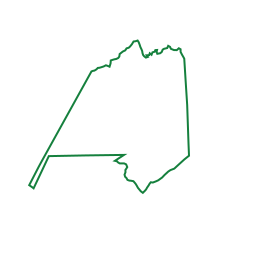 Pio XII, Maranhão, Brazil (Robinson projection), rotated 24°
{"feature_id": "56859067B76670913428567", "entity_name": "Pio XII", "entity_type": "district", "adm_level": 2, "iso_a3": "BRA", "parent_name": "Brazil", "parent_adm1": "Maranhão", "projection": "robinson", "projection_center": [-45.091, -3.872], "detail": "fine", "context": "isolated", "style": "outline", "palette": "green", "viewbox_px": 256, "rotation_deg": 24, "n_neighbors": 0, "source": "geoboundaries", "source_scale": "gbopen_adm2", "svg_char_len": 1492}
<svg xmlns="http://www.w3.org/2000/svg" viewBox="0 0 256 256"><g transform="rotate(24 128 128)"><path d="M151.2,41.8L149.8,40.7L147.6,39.1L145.1,37.1L144.0,34.7L142.0,34.5L140.9,37.0L138.3,38.1L135.0,38.2L133.4,36.8L131.3,36.6L131.3,39.0L128.7,41.0L127.8,42.3L127.9,44.8L127.0,46.6L124.6,48.3L123.2,46.9L122.8,44.9L121.3,45.7L121.3,47.5L119.6,48.9L119.7,51.5L117.5,50.9L117.7,52.8L115.5,54.0L117.2,55.0L115.7,56.4L113.6,55.9L112.2,55.2L110.8,53.7L109.7,52.0L108.4,50.7L106.4,49.0L104.6,47.0L102.9,45.3L101.2,44.2L99.7,45.6L97.9,46.7L97.5,49.9L96.7,52.8L96.0,54.4L94.3,55.8L93.9,58.2L92.2,60.2L90.3,63.8L91.0,66.3L90.6,68.0L89.2,69.7L87.6,70.8L86.2,72.0L84.8,73.3L85.8,76.1L86.2,79.5L84.4,79.5L82.3,79.7L80.7,81.7L78.7,83.5L77.4,84.6L76.0,85.4L75.3,87.3L74.0,89.2L72.8,90.0L71.6,91.2L62.6,194.5L62.2,199.8L61.0,220.4L64.7,221.1L66.3,221.5L66.8,199.8L67.1,185.9L100.4,170.3L135.3,154.2L129.4,163.3L131.4,162.9L133.0,163.5L134.8,163.7L136.6,162.9L139.0,161.9L141.1,162.0L143.2,164.0L143.0,165.8L142.7,167.4L143.7,169.5L143.8,172.0L145.2,173.7L146.9,174.3L148.6,175.6L150.6,175.5L152.0,175.0L154.6,174.4L157.5,175.8L159.3,177.0L161.4,178.6L165.4,180.6L167.9,181.2L168.9,178.7L169.5,176.8L169.7,174.6L170.2,172.0L170.4,170.1L170.9,168.3L172.9,167.7L175.2,165.4L176.9,163.5L178.0,161.6L179.3,159.4L180.5,156.0L182.5,151.4L183.9,149.2L185.2,147.9L186.8,146.3L189.0,141.2L192.3,133.7L195.0,128.5L189.7,117.8L172.7,82.9L162.0,62.5L151.2,41.8Z" fill="none" stroke="#15803d" stroke-width="2"/></g></svg>